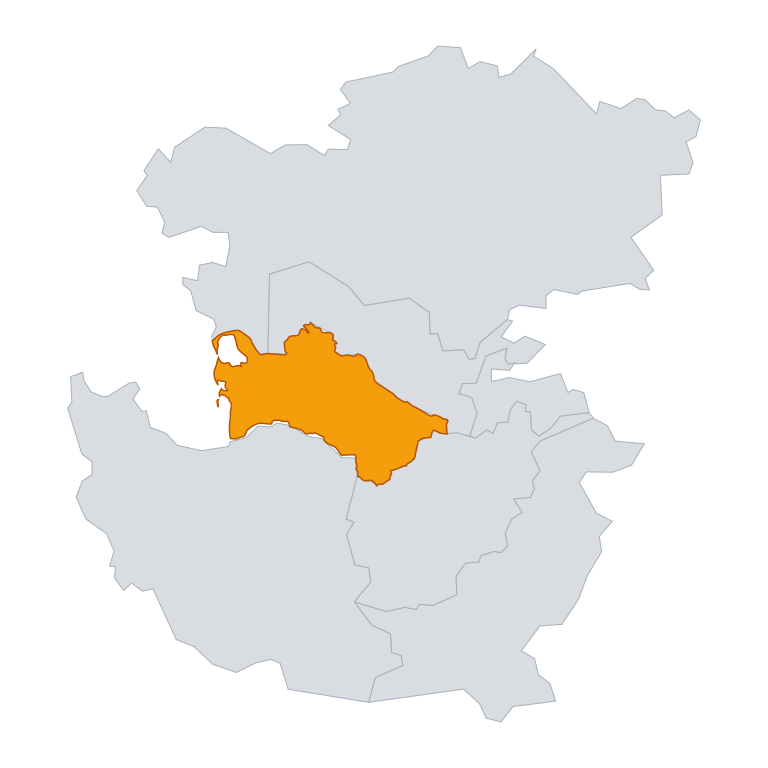 Turkmenistan shown with its bordering countries
{"feature_id": "TKM", "entity_name": "Turkmenistan", "entity_type": "country or territory", "adm_level": 0, "iso_a3": "TKM", "parent_name": "Asia", "parent_adm1": "", "projection": "orthographic", "projection_center": [58.325, 38.975], "detail": "fine", "context": "with_neighbors", "style": "filled", "palette": "amber", "viewbox_px": 768, "rotation_deg": 0, "n_neighbors": 6, "source": "natural_earth", "source_scale": "50m", "svg_char_len": 10100}
<svg xmlns="http://www.w3.org/2000/svg" viewBox="0 0 768 768"><path d="M700.3,119.9L696.0,136.5L686.1,141.9L693.0,162.5L689.0,174.0L660.4,175.3L662.2,215.0L630.9,237.3L653.7,270.3L645.1,278.3L649.4,290.0L639.4,289.2L630.1,283.4L582.3,291.0L577.3,294.4L553.9,289.5L546.1,295.4L546.0,308.4L519.3,305.2L509.6,309.7L507.5,319.6L480.2,342.4L475.0,358.6L469.0,359.4L463.4,349.7L442.8,351.1L437.8,333.7L430.0,334.2L429.3,312.5L409.2,298.2L364.3,305.6L348.7,286.7L309.0,261.8L269.6,274.1L267.9,353.8L259.6,354.6L248.9,337.3L238.3,330.7L219.9,334.3L212.3,341.0L211.8,335.7L216.3,327.0L213.8,319.2L196.1,310.6L190.7,290.7L182.7,284.5L182.9,277.5L197.6,280.8L199.6,265.1L212.8,262.5L225.8,266.6L229.9,245.8L228.1,232.3L213.2,232.4L201.2,226.3L169.0,237.4L161.9,233.1L164.8,222.3L157.4,207.1L146.7,206.4L136.8,190.5L147.3,175.5L143.9,170.7L158.4,148.8L170.8,162.7L174.5,147.4L205.0,127.1L225.9,128.2L270.5,153.6L285.2,144.9L306.9,144.7L324.5,155.6L328.4,149.2L347.6,149.6L350.6,139.5L328.3,125.5L340.7,114.9L338.0,109.3L350.4,103.4L340.4,89.3L346.0,82.0L392.8,72.1L398.3,66.5L428.3,55.9L437.9,46.1L460.4,47.7L468.3,68.5L480.2,61.6L497.5,66.0L498.9,77.4L510.6,74.2L536.1,48.9L533.5,56.2L553.3,68.6L596.5,113.9L599.9,101.5L620.9,108.6L637.1,98.3L645.2,99.9L655.4,109.8L665.5,111.0L674.0,117.9L688.9,109.9L700.3,119.9Z" fill="#d9dde1" stroke="#a8b0b8" stroke-width="1"/><path d="M267.9,353.8L269.6,274.1L309.0,261.8L348.7,286.7L364.3,305.6L409.2,298.2L429.3,312.5L430.0,334.2L437.8,333.7L442.8,351.1L463.4,349.7L469.0,359.4L475.0,358.6L480.2,342.4L507.5,319.6L512.5,321.0L501.3,336.8L514.2,343.2L524.7,336.2L545.3,344.5L527.3,363.1L508.1,364.3L505.0,358.7L506.9,348.2L486.1,356.0L476.2,383.3L462.4,383.7L459.1,393.7L471.8,397.6L477.1,413.2L469.9,436.1L447.1,433.5L446.4,420.3L404.8,403.6L373.5,380.0L364.5,358.0L358.8,354.3L341.3,355.8L334.9,351.5L332.9,334.3L311.2,323.1L297.7,335.6L283.8,342.9L286.3,353.9L267.9,353.8Z" fill="#d9dde1" stroke="#a8b0b8" stroke-width="1"/><path d="M644.3,443.8L631.5,465.2L613.1,472.2L586.3,471.9L579.3,482.6L596.6,513.5L612.4,521.3L599.2,536.4L601.7,551.5L587.2,575.8L578.5,599.2L561.8,624.4L539.9,625.9L521.3,650.8L534.6,658.6L538.3,674.5L550.0,683.7L555.6,701.1L513.0,706.5L501.0,721.9L486.3,718.2L479.5,703.7L463.5,689.1L368.6,702.3L375.3,677.5L402.9,665.3L400.9,655.6L391.6,652.6L390.4,633.9L371.9,625.4L354.3,601.8L386.2,611.5L404.9,607.3L416.2,609.4L419.8,604.4L433.0,605.4L456.7,594.6L456.0,576.3L465.4,563.2L479.0,561.9L480.5,555.7L494.1,551.4L501.0,552.6L507.5,545.8L505.2,533.0L511.4,519.2L522.1,512.3L513.5,499.0L530.3,497.4L534.2,489.0L532.4,480.9L539.9,470.6L531.2,451.8L539.9,441.0L593.2,418.2L607.3,425.7L615.2,441.1L644.3,443.8Z" fill="#d9dde1" stroke="#a8b0b8" stroke-width="1"/><path d="M447.1,433.5L456.6,432.8L475.4,438.1L486.9,429.8L493.1,433.3L497.4,422.8L507.6,421.9L510.4,409.5L516.6,401.1L526.2,404.7L525.3,411.5L530.5,411.8L531.5,430.0L539.1,436.1L551.5,427.4L560.4,416.1L589.2,412.6L593.2,418.2L539.9,441.0L531.2,451.8L539.9,470.6L532.4,480.9L534.2,489.0L530.3,497.4L513.5,499.0L522.1,512.3L511.4,519.2L505.2,533.0L507.5,545.8L501.0,552.6L494.1,551.4L480.5,555.7L479.0,561.9L465.4,563.2L456.0,576.3L456.7,594.6L433.0,605.4L419.8,604.4L416.2,609.4L404.9,607.3L386.2,611.5L354.3,601.8L370.7,581.8L368.8,568.0L354.7,564.9L346.5,534.2L354.0,522.2L346.1,519.2L357.2,476.2L375.4,483.7L388.6,480.2L391.8,470.2L405.4,466.2L414.8,459.0L417.2,441.4L431.3,436.1L433.4,428.2L447.1,433.5Z" fill="#d9dde1" stroke="#a8b0b8" stroke-width="1"/><path d="M469.9,436.1L477.1,413.2L471.8,397.6L459.1,393.7L462.4,383.7L476.2,383.3L486.1,356.0L506.9,348.2L505.0,358.7L508.1,364.3L514.7,362.8L509.7,370.3L491.5,369.0L491.5,381.6L509.1,377.6L530.2,381.7L560.4,373.5L567.9,392.6L572.9,389.5L583.7,392.5L589.2,412.6L560.4,416.1L551.5,427.4L539.1,436.1L531.5,430.0L530.5,411.8L525.3,411.5L526.2,404.7L516.6,401.1L510.4,409.5L507.6,421.9L497.4,422.8L493.1,433.3L486.9,429.8L475.4,438.1L469.9,436.1Z" fill="#d9dde1" stroke="#a8b0b8" stroke-width="1"/><path d="M123.8,590.6L114.6,578.2L115.5,566.8L109.6,566.1L114.1,551.0L106.5,533.6L85.9,519.1L76.1,497.0L82.3,480.9L91.9,474.7L92.2,462.0L81.8,453.9L67.7,408.1L71.9,402.0L70.6,376.6L82.7,372.2L84.0,380.7L90.9,391.8L101.8,396.3L107.9,396.4L129.3,383.0L135.7,382.1L139.8,389.0L132.9,399.0L142.1,411.5L146.4,410.8L150.2,427.3L165.9,433.3L176.9,445.2L201.1,450.7L228.4,446.6L230.3,441.6L245.6,438.1L258.2,426.1L269.7,427.0L277.2,423.2L289.3,425.3L308.2,436.4L322.0,438.7L342.1,457.6L355.1,458.0L357.2,476.2L346.1,519.2L354.0,522.2L346.5,534.2L354.7,564.9L368.8,568.0L370.7,581.8L354.3,601.8L371.9,625.4L390.4,633.9L391.6,652.6L400.9,655.6L402.9,665.3L375.3,677.5L368.6,702.3L288.2,689.3L280.2,663.3L271.0,659.4L256.1,662.8L236.3,672.4L212.9,664.3L194.2,646.8L176.2,639.5L152.9,588.7L142.6,591.2L131.4,583.0L123.8,590.6Z" fill="#d9dde1" stroke="#a8b0b8" stroke-width="1"/><path d="M268.1,353.5L272.4,353.9L276.3,354.2L281.1,354.6L282.5,354.8L284.2,355.1L285.0,355.2L285.8,354.2L286.3,353.7L286.7,353.3L286.6,352.8L286.0,352.4L285.1,351.1L284.6,346.4L284.4,342.3L285.5,341.0L286.8,340.1L288.7,337.4L289.7,336.6L291.2,335.9L296.1,335.7L298.1,335.2L298.8,334.3L299.9,332.1L300.3,330.2L300.9,329.4L301.6,328.8L302.3,328.8L303.8,329.4L304.9,329.7L305.7,330.1L306.4,330.7L307.1,331.8L307.2,332.6L307.5,333.0L308.0,333.0L308.5,333.0L308.7,332.9L308.9,332.5L308.8,332.0L307.8,330.5L305.8,327.9L304.4,326.9L303.7,326.3L303.6,325.7L304.4,324.9L305.3,324.5L306.8,324.8L308.8,325.0L309.6,324.6L310.5,322.5L312.8,324.7L315.1,327.2L316.0,327.6L317.7,327.9L319.1,328.0L319.7,328.2L320.3,328.9L321.6,331.6L322.8,332.3L324.4,332.8L329.4,332.6L330.9,332.8L332.2,334.0L333.0,334.5L333.3,335.0L333.3,335.5L333.0,336.3L333.0,337.6L332.9,338.7L332.5,339.2L332.4,339.7L332.7,340.1L335.1,341.1L335.9,342.1L336.5,342.6L336.7,343.3L336.3,343.8L335.2,343.6L334.6,344.3L334.7,345.6L335.5,346.8L335.7,347.8L335.2,348.9L334.7,350.4L334.7,351.5L335.0,352.1L336.9,353.1L341.1,355.8L342.0,355.9L345.9,355.2L347.8,355.0L348.9,355.4L351.9,355.7L352.9,356.2L353.9,356.2L355.3,356.0L356.2,354.7L356.7,354.4L357.1,354.2L358.0,354.1L360.4,354.8L363.0,356.4L364.8,357.8L365.7,359.2L366.8,362.1L368.3,366.6L370.0,369.6L371.8,371.1L373.2,374.0L374.6,380.4L375.4,381.6L376.1,382.3L378.3,384.1L382.7,386.9L385.3,388.6L389.4,391.3L393.1,393.7L396.9,397.6L397.7,398.2L401.0,400.2L404.6,402.2L407.1,401.6L411.0,404.8L412.6,406.0L413.3,406.4L416.1,407.6L420.6,410.1L426.4,413.8L430.1,415.9L431.1,416.1L432.1,416.0L433.1,415.4L434.2,414.9L436.2,415.3L438.4,416.1L439.7,416.7L441.4,417.6L442.7,418.5L443.6,418.9L446.8,419.5L447.4,419.9L447.8,420.5L447.9,421.1L446.4,424.4L446.5,428.5L446.8,431.5L447.2,433.9L446.3,434.0L444.2,433.7L440.0,433.0L436.3,431.3L433.9,430.2L433.5,430.4L432.6,431.4L431.9,432.6L431.5,434.8L430.8,437.4L426.5,437.8L422.9,438.3L420.6,439.4L418.3,440.9L417.9,442.5L417.5,444.6L416.4,449.3L415.5,453.6L415.0,456.4L414.2,458.4L411.7,461.0L408.8,462.9L407.2,463.8L406.6,464.8L406.5,465.7L405.9,466.0L404.6,466.0L403.3,466.2L400.5,467.3L397.4,468.7L393.7,470.1L391.6,470.2L390.7,470.5L390.4,471.1L390.8,472.2L391.2,473.1L391.6,474.1L390.7,475.0L390.2,476.6L389.8,479.3L388.5,480.1L386.4,481.5L384.1,483.3L383.5,483.7L382.2,484.2L380.8,484.2L379.6,484.0L378.2,484.5L376.9,485.8L376.2,485.5L375.8,484.2L375.1,483.3L372.9,481.5L370.9,480.2L370.1,480.1L368.4,480.5L366.3,480.9L364.5,480.7L363.1,480.2L361.0,478.3L360.1,477.3L359.5,476.6L358.1,476.8L357.7,476.0L357.6,475.0L357.9,473.7L357.8,471.5L356.9,469.8L355.9,469.2L356.0,468.6L356.4,467.5L356.9,466.5L356.8,464.5L356.1,462.4L355.8,459.3L355.9,456.2L354.9,454.8L347.8,454.9L341.4,455.2L341.0,454.9L338.5,451.1L336.4,448.3L334.4,446.6L329.9,444.6L327.7,443.7L325.8,442.2L324.3,440.4L323.9,438.0L323.6,437.2L323.1,436.6L322.7,436.3L322.1,436.4L316.8,433.6L314.7,432.9L312.8,433.5L311.9,433.6L310.2,432.8L308.2,433.9L307.4,434.0L306.2,433.7L305.2,433.3L302.6,430.8L300.4,429.7L298.9,429.1L295.8,428.1L292.6,427.6L290.9,427.1L289.7,426.6L289.4,426.2L289.5,425.3L289.4,424.0L289.0,423.1L288.2,422.1L287.1,421.3L285.1,421.4L282.2,421.3L279.9,420.4L278.1,420.2L276.0,420.4L274.2,420.3L273.0,420.9L272.2,421.6L271.7,423.6L271.3,423.9L270.6,424.1L269.6,423.9L267.5,423.9L264.0,423.4L259.5,423.2L256.1,424.1L253.4,425.6L250.8,427.2L247.7,429.8L246.7,430.9L244.8,435.7L244.0,436.3L242.9,436.8L241.9,436.9L239.8,437.5L237.0,438.6L235.1,438.9L230.4,438.5L230.1,436.9L229.5,431.3L229.4,425.7L229.6,423.2L230.3,418.0L230.4,415.4L230.3,413.0L230.6,410.7L231.1,408.1L231.4,405.5L231.2,403.6L230.4,402.1L229.0,400.2L228.8,399.1L228.8,397.9L227.3,397.7L226.1,396.3L225.0,395.6L222.8,394.7L221.6,394.6L220.5,395.1L219.7,396.2L219.2,394.4L219.3,392.5L221.4,388.8L222.5,390.0L223.9,390.5L225.7,390.7L227.5,390.5L227.2,389.1L226.4,388.4L225.4,387.7L225.1,386.0L225.4,384.2L225.9,382.5L225.4,381.8L224.6,381.3L222.7,381.3L220.3,380.7L217.8,380.4L217.1,382.3L218.3,385.0L217.2,383.7L216.2,381.9L214.8,378.8L214.1,375.1L214.1,371.2L215.2,368.1L216.4,365.1L217.3,361.3L218.4,357.6L219.2,359.3L220.1,360.9L221.4,362.4L222.2,362.8L224.5,363.5L226.0,363.3L227.6,362.6L229.1,363.0L230.3,364.6L231.4,366.4L233.1,366.8L236.8,365.7L238.5,365.5L239.9,366.2L240.7,366.3L241.5,366.3L240.9,364.7L240.7,363.2L241.6,362.4L244.4,363.4L246.2,362.9L246.7,362.6L247.1,362.2L247.4,360.9L247.3,359.6L247.2,358.3L246.7,357.2L245.5,355.6L240.6,351.7L239.0,350.1L237.7,348.2L236.9,345.4L236.4,342.6L235.8,340.5L234.3,335.6L233.7,335.0L232.9,334.7L230.8,334.4L228.7,334.7L225.3,335.3L223.4,335.0L222.5,335.4L220.1,337.3L219.0,339.0L217.3,342.9L218.3,344.2L218.2,345.1L217.0,350.9L217.3,353.8L217.1,354.0L216.8,353.3L215.7,350.3L213.7,346.6L212.2,341.1L215.7,337.8L218.6,335.4L221.0,334.0L221.7,333.7L224.9,332.6L229.0,331.7L232.0,331.0L235.9,330.5L237.1,330.4L239.0,330.5L240.5,331.3L241.3,331.8L244.5,334.1L247.7,336.5L250.4,339.0L251.2,340.1L251.6,341.3L251.8,342.5L254.1,346.3L255.0,348.0L256.4,350.2L257.5,351.4L258.5,352.7L259.3,353.8L260.1,354.4L261.0,354.6L263.2,354.3L265.8,353.7L267.4,353.5L268.1,353.5ZM218.3,406.1L218.1,407.1L217.3,404.0L217.1,400.6L217.7,399.7L218.4,399.8L217.7,401.0L218.3,406.1Z" fill="#f59e0b" stroke="#b45309" stroke-width="1.5"/></svg>